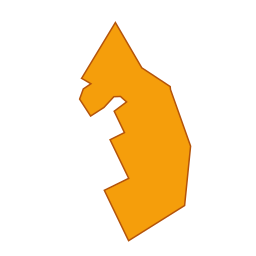 51, Ar Rayyān, Qatar, rotated 239°
{"feature_id": "91078587B34371380976540", "entity_name": "51", "entity_type": "district", "adm_level": 2, "iso_a3": "QAT", "parent_name": "Qatar", "parent_adm1": "Ar Rayyān", "projection": "robinson", "projection_center": [51.403, 25.348], "detail": "fine", "context": "isolated", "style": "filled", "palette": "amber", "viewbox_px": 256, "rotation_deg": 239, "n_neighbors": 0, "source": "geoboundaries", "source_scale": "gbopen_adm2", "svg_char_len": 472}
<svg xmlns="http://www.w3.org/2000/svg" viewBox="0 0 256 256"><g transform="rotate(239 128 128)"><path d="M31.1,70.5L32.4,136.6L80.2,172.3L139.0,184.2L141.8,185.5L172.5,170.8L224.9,171.5L212.4,147.8L205.6,134.9L194.6,114.1L194.5,113.8L185.0,119.0L184.5,109.8L177.7,101.4L157.5,102.1L158.0,118.0L162.1,132.0L158.9,137.8L151.1,140.2L149.5,124.8L125.9,122.6L127.2,106.6L84.5,102.7L86.8,75.6L33.8,70.7L31.1,70.5Z" fill="#f59e0b" stroke="#b45309" stroke-width="1.5"/></g></svg>